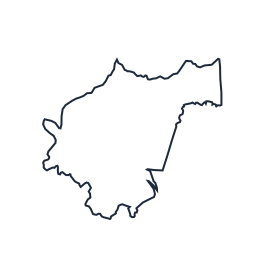 Bakala, Ouaka, Central African Republic (Albers equal-area conic projection), rotated 17°
{"feature_id": "33826404B96667764649230", "entity_name": "Bakala", "entity_type": "district", "adm_level": 2, "iso_a3": "CAF", "parent_name": "Central African Republic", "parent_adm1": "Ouaka", "projection": "albers", "projection_center": [20.419, 6.598], "detail": "fine", "context": "isolated", "style": "outline", "palette": "slate", "viewbox_px": 256, "rotation_deg": 17, "n_neighbors": 0, "source": "geoboundaries", "source_scale": "gbopen_adm2", "svg_char_len": 2791}
<svg xmlns="http://www.w3.org/2000/svg" viewBox="0 0 256 256"><g transform="rotate(17 128 128)"><path d="M195.2,35.6L193.9,35.5L189.6,43.0L185.9,44.6L183.1,45.7L179.2,48.9L176.0,48.9L173.6,47.1L171.4,47.5L169.1,45.7L163.9,46.8L162.5,51.2L160.3,58.3L159.1,61.5L155.6,63.3L151.6,68.7L148.5,70.2L143.7,69.2L140.2,72.4L137.4,73.5L135.0,75.2L132.8,75.6L130.4,72.6L129.2,72.7L128.7,73.8L128.0,74.5L126.5,74.6L124.8,74.0L123.0,75.0L121.6,75.6L120.8,75.2L118.9,74.2L117.5,73.3L115.0,73.2L112.4,73.4L111.0,73.9L109.3,73.4L107.9,73.4L105.5,71.0L103.9,69.4L99.9,68.7L97.4,65.8L96.6,70.1L97.0,73.0L97.5,75.9L96.7,78.6L96.0,82.4L94.0,83.7L93.0,89.7L91.3,94.1L84.3,99.3L82.8,105.1L78.7,106.7L76.0,110.4L72.8,113.0L70.0,114.9L66.7,118.2L61.6,124.4L60.0,129.1L61.1,136.4L63.4,144.3L63.5,148.1L62.1,148.2L60.0,146.7L57.1,144.4L52.8,143.6L45.8,144.0L45.4,146.0L45.8,149.4L49.1,153.1L54.6,155.7L59.3,157.3L62.4,160.6L63.0,163.5L58.7,173.7L58.7,176.8L61.1,178.6L61.3,179.8L61.1,181.1L60.2,181.9L57.5,183.8L57.0,185.7L57.5,186.9L58.2,187.7L58.7,189.6L59.0,190.5L60.4,191.4L62.4,192.2L63.1,192.1L63.8,191.2L64.8,190.2L66.1,189.1L66.8,188.4L67.9,187.7L69.1,187.7L69.4,187.5L70.0,185.9L71.3,184.8L72.1,185.2L72.7,186.8L73.3,189.1L74.0,191.0L74.9,192.3L76.6,192.2L76.8,190.4L78.2,189.4L82.4,191.1L84.8,190.5L85.7,189.2L86.5,189.2L87.4,190.8L92.5,194.4L94.6,195.0L97.6,195.4L98.4,196.9L100.0,198.2L102.8,193.8L104.3,192.2L106.2,192.3L110.1,196.1L109.0,200.3L110.8,201.8L112.4,205.5L110.5,208.0L109.9,210.6L109.5,213.4L110.3,214.5L113.5,214.4L116.0,216.2L119.7,220.5L121.6,220.5L123.5,220.1L124.6,218.7L126.5,218.2L127.6,219.3L129.0,220.3L130.7,220.5L134.1,220.3L137.4,220.3L137.8,219.6L137.6,217.6L141.4,213.2L140.8,212.0L141.8,209.2L141.8,205.2L143.4,203.5L145.0,202.6L149.4,202.9L152.8,202.9L151.7,204.8L153.3,206.9L155.3,209.7L155.9,211.3L157.8,212.1L159.7,211.4L160.2,210.1L159.5,208.6L159.5,206.8L161.0,206.3L161.1,204.1L159.5,202.3L164.0,194.9L170.8,188.4L173.1,186.3L173.1,183.3L171.7,180.9L170.2,178.6L162.5,172.8L163.3,172.7L169.1,175.5L174.0,179.1L173.0,176.5L170.3,172.7L168.0,171.3L161.7,162.6L158.3,162.2L158.7,161.7L166.0,160.4L173.5,158.5L173.7,143.1L173.6,125.0L173.8,112.7L172.9,110.4L174.0,108.6L176.0,107.1L176.0,105.5L174.6,104.4L173.9,103.2L173.9,100.9L176.1,98.7L176.0,96.6L175.6,95.2L174.0,93.7L174.2,92.0L175.2,91.1L174.7,89.7L176.1,88.6L178.1,87.5L180.9,86.0L182.3,84.8L183.8,85.3L185.3,85.4L185.7,83.9L187.1,83.5L188.8,84.1L190.6,84.5L192.0,84.5L192.5,83.0L193.6,81.1L194.7,81.1L195.3,81.8L195.3,81.2L195.1,80.1L195.1,79.5L197.5,78.9L199.4,78.9L200.7,78.7L201.5,79.5L201.9,80.9L202.6,80.0L204.2,79.9L205.3,80.1L205.7,81.1L206.1,81.5L206.5,81.0L206.8,80.3L207.5,80.0L209.8,79.4L210.6,78.6L207.0,66.9L202.0,54.3L198.0,42.1L195.2,35.6Z" fill="none" stroke="#1e293b" stroke-width="2"/></g></svg>